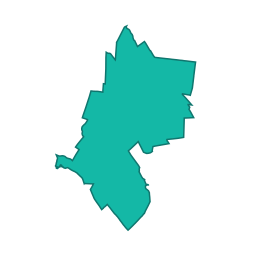 the district of Sagu, Arad, Romania, rotated 80°
{"feature_id": "2599482B52260231187564", "entity_name": "Sagu", "entity_type": "district", "adm_level": 2, "iso_a3": "ROU", "parent_name": "Romania", "parent_adm1": "Arad", "projection": "mercator", "projection_center": [21.357, 46.043], "detail": "fine", "context": "isolated", "style": "filled", "palette": "teal", "viewbox_px": 256, "rotation_deg": 80, "n_neighbors": 0, "source": "geoboundaries", "source_scale": "gbopen_adm2", "svg_char_len": 5116}
<svg xmlns="http://www.w3.org/2000/svg" viewBox="0 0 256 256"><g transform="rotate(80 128 128)"><path d="M203.8,168.1L202.7,166.3L202.7,166.2L202.3,165.9L201.6,164.8L201.5,164.4L201.2,164.0L201.0,163.6L199.7,161.7L203.2,159.7L204.8,158.9L205.2,158.7L206.2,158.2L207.3,157.6L207.9,157.3L209.2,156.6L210.0,156.2L211.5,155.0L212.2,154.7L213.2,154.0L213.5,153.8L215.1,153.0L216.3,152.4L217.7,151.8L219.0,151.1L221.0,150.1L222.5,149.4L223.6,148.7L224.8,148.1L226.5,147.1L228.6,145.7L227.4,143.8L225.3,140.7L223.5,138.2L223.2,137.7L221.4,135.3L221.3,135.1L219.9,133.3L219.6,132.9L219.3,132.5L218.0,130.8L217.4,129.8L216.8,129.0L216.4,128.6L215.0,127.1L214.7,126.7L214.8,126.6L212.6,125.2L207.9,121.6L204.4,119.1L202.5,118.9L199.8,118.6L196.8,118.4L195.5,118.2L193.5,118.7L192.7,119.3L190.9,120.9L190.1,121.2L188.0,120.8L187.6,119.9L187.5,119.5L187.4,119.1L187.4,118.8L187.7,118.1L187.6,117.9L187.4,118.0L187.1,118.4L186.9,119.1L186.6,119.9L186.5,120.0L182.2,121.0L181.9,120.5L181.5,120.7L180.2,122.2L178.5,123.0L173.3,124.6L173.0,124.7L172.4,124.3L171.2,124.2L170.0,124.0L169.1,123.4L166.7,124.2L155.3,129.8L150.6,131.6L150.3,131.2L148.7,128.6L143.2,120.3L148.8,118.6L154.5,116.9L155.1,116.0L155.7,115.1L156.3,114.0L156.4,112.8L156.4,111.5L156.3,110.3L155.8,109.0L155.5,108.5L155.2,108.0L154.5,108.1L152.0,107.2L150.6,106.6L150.5,104.4L150.5,99.0L150.5,94.6L150.5,90.3L148.7,91.0L148.0,91.4L147.6,91.7L146.1,91.7L146.1,90.7L146.5,85.7L146.8,81.0L146.9,76.5L146.9,74.8L128.0,70.9L129.2,61.5L122.3,63.8L120.2,64.7L118.3,63.6L115.5,64.8L115.3,64.7L116.4,61.2L108.9,65.7L104.7,68.4L104.4,68.6L103.8,68.4L104.4,66.7L105.3,64.4L106.2,61.7L106.6,61.0L99.9,57.7L88.4,54.2L87.4,54.0L87.3,53.9L77.9,51.0L74.8,50.0L73.5,54.3L72.8,56.6L72.2,58.5L71.7,60.4L70.8,63.1L70.4,64.7L69.8,66.6L68.9,69.6L68.0,72.8L67.2,75.3L66.5,77.8L65.8,80.2L65.1,82.6L63.8,87.0L63.0,89.5L60.9,90.5L59.3,91.1L55.8,92.4L55.7,92.8L54.6,93.3L52.4,94.1L47.8,95.8L45.7,96.8L47.3,100.1L49.4,104.5L43.0,106.3L42.5,107.0L41.4,107.2L40.0,107.4L38.3,107.3L36.5,107.7L35.2,108.6L34.5,108.8L33.2,109.1L31.9,109.5L30.9,110.2L30.0,111.5L29.5,111.9L27.9,112.2L27.4,111.8L27.8,113.4L28.3,114.2L40.8,123.6L41.4,124.2L42.0,124.5L42.5,124.5L57.1,128.2L58.6,128.6L58.8,128.7L53.8,131.3L52.5,131.9L51.7,132.5L51.3,133.0L50.9,134.7L50.5,135.3L49.6,136.3L54.8,137.5L65.7,139.5L71.6,140.8L80.6,142.8L80.1,144.5L88.3,146.6L86.7,151.4L85.9,155.3L85.1,158.0L91.0,160.9L93.2,162.1L100.3,165.9L103.4,167.6L106.8,169.5L110.0,171.2L111.8,167.9L112.7,166.4L113.0,166.4L113.3,166.6L113.7,166.9L115.3,168.3L115.9,168.9L116.6,169.7L117.0,170.5L118.2,172.2L118.8,172.9L120.2,173.6L121.4,173.8L121.8,173.8L122.1,173.8L122.5,173.6L123.2,173.5L123.8,173.5L124.4,173.8L125.5,174.2L126.3,174.2L127.6,174.0L128.2,173.7L128.4,173.3L128.7,173.2L129.1,173.3L130.7,175.3L135.5,180.8L137.7,183.0L140.7,179.9L145.1,183.9L147.5,185.9L150.5,188.4L149.8,189.0L149.3,189.3L148.8,189.8L148.3,190.5L148.0,191.2L147.5,192.3L146.9,193.4L146.1,194.2L145.1,195.0L144.7,195.6L144.2,196.6L143.9,197.6L143.9,198.7L143.8,200.0L143.5,201.0L143.0,201.7L142.0,203.3L145.3,202.6L145.5,202.6L145.9,202.8L146.4,203.0L146.6,203.1L146.8,203.1L146.9,203.3L147.3,203.5L147.5,203.6L147.8,203.7L148.0,203.7L148.3,203.8L148.5,203.9L148.7,204.0L149.3,204.3L149.8,204.5L150.0,204.7L150.7,204.9L150.9,204.9L151.1,205.0L151.4,205.2L151.8,205.3L152.1,205.5L152.4,205.7L152.7,205.9L152.8,206.0L153.0,205.9L153.1,205.7L153.3,205.7L153.5,205.5L153.6,205.3L153.7,205.2L153.8,205.0L153.9,204.8L153.9,204.6L154.0,204.5L154.2,204.8L154.2,205.0L154.3,205.1L154.5,205.2L154.5,205.3L154.5,205.5L154.8,205.6L155.0,205.5L155.2,205.4L155.3,205.3L155.4,205.1L155.4,204.9L155.5,204.6L155.6,204.4L155.3,204.2L155.2,204.1L155.0,203.9L154.9,203.9L154.9,203.7L155.0,203.5L154.9,203.4L154.7,203.3L154.7,203.2L154.7,202.9L154.6,202.7L154.3,202.6L154.2,202.4L154.3,202.1L154.4,201.8L154.4,201.7L154.2,201.7L153.9,201.4L153.8,201.2L153.7,201.2L153.3,201.3L153.0,201.4L152.8,201.2L152.7,201.0L152.6,200.7L152.8,200.4L153.1,200.0L153.2,199.9L153.4,199.8L153.6,199.8L153.8,200.0L154.4,200.0L154.5,200.0L154.6,199.9L154.7,199.7L154.8,199.6L155.0,199.5L155.0,199.4L154.9,199.4L154.8,199.2L154.7,199.1L154.8,198.9L155.0,198.9L155.9,198.3L156.0,198.2L156.1,197.9L156.3,197.7L156.5,197.3L156.6,197.1L156.7,196.9L156.8,196.7L156.6,195.4L156.5,194.6L156.9,193.9L157.0,193.7L157.6,193.0L157.9,192.7L158.6,192.1L158.8,191.8L159.3,191.3L159.6,191.0L159.7,190.8L159.7,190.7L160.3,190.1L160.5,189.7L160.9,189.2L161.0,189.1L161.2,188.7L161.5,188.3L162.1,187.5L162.7,186.9L162.9,186.7L163.0,186.6L163.2,186.3L163.4,186.1L163.6,186.0L163.7,185.8L164.0,185.7L164.3,185.6L164.4,185.4L164.6,185.3L164.7,185.2L164.8,185.1L165.8,184.4L166.0,184.3L166.1,184.2L166.4,184.0L166.7,183.8L167.4,183.2L167.6,183.0L167.8,182.9L168.7,182.3L169.0,182.0L169.8,181.7L170.1,181.6L171.0,181.4L175.2,180.8L175.1,180.7L175.2,180.2L175.3,179.7L175.6,178.3L176.3,175.2L176.7,173.5L177.0,171.8L179.3,173.4L181.1,174.9L182.0,175.7L186.1,174.8L188.6,174.2L190.0,173.9L191.7,173.5L192.9,173.0L196.0,171.6L199.7,169.8L202.0,168.9L203.8,168.1Z" fill="#14b8a6" stroke="#0f766e" stroke-width="1.5"/></g></svg>